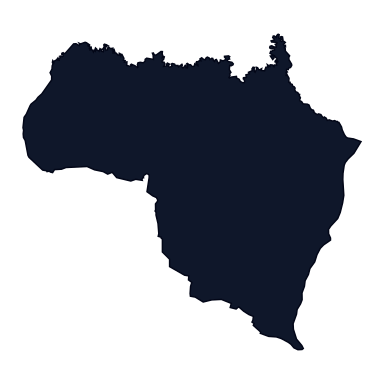 Ban Thaen, Chaiyaphum, Thailand
{"feature_id": "78962969B48831916769837", "entity_name": "Ban Thaen", "entity_type": "district", "adm_level": 2, "iso_a3": "THA", "parent_name": "Thailand", "parent_adm1": "Chaiyaphum", "projection": "albers", "projection_center": [102.355, 16.36], "detail": "fine", "context": "isolated", "style": "filled", "palette": "ink", "viewbox_px": 384, "rotation_deg": 0, "n_neighbors": 0, "source": "geoboundaries", "source_scale": "gbopen_adm2", "svg_char_len": 5709}
<svg xmlns="http://www.w3.org/2000/svg" viewBox="0 0 384 384"><path d="M361.0,141.6L353.5,138.9L347.5,138.0L345.8,136.8L344.3,134.5L342.2,129.9L341.5,126.9L338.9,122.4L338.2,122.5L337.5,121.5L336.2,121.5L334.7,120.6L332.6,121.1L329.3,119.9L327.3,120.4L326.1,118.1L324.3,117.0L323.6,117.7L322.6,117.2L320.9,114.6L318.6,113.9L317.1,114.6L313.6,112.2L314.0,111.6L313.4,110.2L311.6,109.7L310.3,108.2L309.0,105.0L307.4,104.2L303.1,103.9L301.6,101.6L300.0,100.8L299.6,99.9L300.4,97.8L299.3,95.8L299.6,94.4L298.6,94.1L297.8,92.6L295.6,91.7L294.7,89.7L295.1,88.1L294.2,86.8L292.7,86.2L292.2,84.4L290.1,83.6L290.1,82.3L288.7,82.1L289.0,78.2L287.1,74.9L285.5,75.8L286.9,74.2L286.0,72.7L287.3,72.0L286.4,71.1L286.6,69.4L288.3,69.5L288.6,68.2L290.5,67.5L291.7,65.5L291.6,64.2L288.9,59.6L288.8,57.5L289.6,55.8L285.4,51.1L285.2,48.5L284.3,47.8L284.6,47.0L285.5,46.9L285.4,45.4L284.2,45.6L283.4,44.5L285.3,42.4L282.8,40.6L281.8,41.6L280.4,40.9L280.9,39.6L282.9,39.4L282.5,36.9L281.2,36.6L280.4,37.0L280.7,38.2L279.2,38.6L278.7,37.3L279.2,34.7L278.5,34.3L277.6,34.5L276.7,35.7L276.3,37.4L274.3,36.0L273.3,36.0L272.7,37.6L274.2,39.1L274.3,40.0L271.1,40.9L271.6,42.0L276.1,42.3L277.2,42.9L276.9,43.6L275.2,44.3L276.4,45.9L276.3,47.0L273.9,46.9L271.8,45.8L270.2,46.2L269.7,47.2L269.9,48.1L271.2,48.8L273.5,48.0L274.5,49.1L274.5,50.1L272.7,50.2L272.0,51.3L270.7,51.3L270.0,53.3L273.6,55.4L270.4,56.0L272.7,59.5L273.9,58.2L274.2,56.2L277.0,58.5L277.1,59.3L275.5,60.5L275.0,61.8L275.8,62.1L277.3,61.0L277.9,61.2L277.8,62.0L276.3,63.2L276.6,65.2L274.3,65.0L273.9,66.6L272.4,65.0L270.2,64.8L269.9,66.5L267.4,64.7L268.0,67.1L265.9,67.2L264.6,70.8L261.2,70.5L261.6,68.7L259.7,69.8L258.7,69.7L257.6,67.7L256.4,67.3L256.5,69.1L255.1,72.3L254.3,71.7L254.1,68.6L254.5,67.5L253.1,67.2L252.0,68.8L252.2,70.7L248.5,72.3L249.3,73.8L245.9,74.9L246.4,77.4L243.5,77.7L243.3,78.9L244.0,79.4L244.8,81.6L244.1,82.7L242.2,82.6L240.3,81.4L239.0,79.2L236.7,78.2L236.4,76.4L231.7,77.0L229.5,78.0L229.0,77.7L230.0,75.4L229.6,73.8L230.9,72.4L229.3,69.6L229.7,65.5L231.1,65.8L232.9,64.9L233.3,63.9L231.9,62.3L228.3,61.6L227.2,60.7L227.3,59.7L229.6,59.0L228.9,57.7L229.7,56.7L228.6,55.9L224.5,56.3L224.5,57.1L225.7,58.0L225.1,60.0L223.0,60.9L220.4,60.0L220.1,62.0L218.4,63.4L216.4,59.5L215.3,59.8L214.5,61.4L213.5,60.5L212.7,58.4L211.7,58.3L209.9,59.5L209.1,57.9L207.3,57.1L206.1,57.9L205.2,59.8L203.5,59.3L201.7,57.8L200.0,58.9L200.9,60.7L199.4,60.5L198.4,61.6L196.6,61.7L196.1,62.7L197.9,64.7L197.9,65.7L194.8,63.8L194.1,66.4L191.9,66.4L190.6,64.7L189.3,64.8L187.3,63.4L186.7,63.8L187.7,66.2L187.4,67.9L186.0,67.7L186.1,66.1L185.3,65.3L183.5,67.7L182.6,67.8L181.8,66.9L182.3,65.1L181.9,64.3L178.5,66.9L178.0,65.5L175.3,65.5L174.6,64.1L172.2,63.5L171.2,64.2L172.1,66.3L169.6,67.2L168.3,66.2L169.4,64.1L167.4,63.1L166.5,64.3L166.7,66.0L163.7,66.4L164.9,63.8L163.9,62.1L162.3,62.3L162.0,61.7L162.4,60.4L163.5,59.6L164.3,56.8L163.8,56.5L162.3,57.4L162.8,55.9L162.2,53.8L162.4,51.6L161.0,51.5L156.1,55.1L154.3,54.9L153.4,53.0L152.4,53.2L153.1,54.9L153.4,59.4L146.7,58.2L145.2,59.3L145.0,61.4L143.2,62.8L140.3,62.3L138.0,62.8L137.4,64.6L137.9,67.3L137.4,67.6L134.9,65.7L131.3,64.2L130.7,64.8L131.5,65.6L129.9,66.3L126.7,65.4L126.9,61.9L124.5,62.2L125.1,60.6L123.3,60.2L123.9,58.3L121.9,54.4L121.1,54.3L120.8,55.7L120.0,53.6L119.3,53.3L119.2,55.0L118.2,55.3L116.0,53.0L112.9,52.9L113.1,51.3L114.7,51.5L114.0,49.3L112.5,49.7L112.8,48.2L110.6,48.6L108.3,47.1L108.3,48.0L107.4,48.2L107.5,49.8L105.9,50.4L104.9,47.2L106.3,46.7L105.6,45.5L107.6,45.5L106.3,44.7L104.4,44.2L103.8,44.9L104.3,46.8L103.6,47.5L103.5,48.6L102.2,49.1L103.4,50.2L103.3,51.7L101.4,51.3L101.1,49.6L100.0,48.7L99.1,51.3L97.6,50.2L96.1,50.2L96.6,49.0L95.5,48.0L94.9,49.9L95.1,51.1L94.0,50.3L93.4,52.0L91.6,49.2L90.0,50.0L89.4,48.5L91.2,48.0L91.2,47.2L90.0,47.4L89.7,46.4L88.3,46.4L88.0,45.5L89.4,45.4L89.6,44.9L86.4,42.7L85.1,42.3L80.6,43.9L79.2,43.3L79.7,44.1L79.1,45.6L76.0,43.7L73.6,43.9L65.2,53.4L63.9,53.4L63.1,52.7L61.9,53.3L61.8,54.2L63.1,54.4L63.1,56.1L62.5,56.6L61.4,56.0L59.8,56.3L60.4,57.6L59.0,58.4L59.2,60.3L57.8,60.1L57.7,58.3L56.5,59.9L54.1,61.2L53.9,62.3L52.8,60.7L52.4,62.3L53.0,63.9L52.2,65.8L52.0,69.1L50.1,72.7L51.7,76.0L51.6,80.0L41.8,93.9L38.0,97.3L35.9,100.2L31.1,104.1L30.1,105.7L26.3,114.2L24.1,117.3L23.0,127.7L23.6,130.3L23.2,133.8L23.5,137.5L25.2,140.5L28.0,155.4L29.0,157.3L42.7,170.1L46.7,170.8L47.0,171.6L49.8,171.1L50.2,172.0L52.6,172.6L54.5,169.6L61.5,169.2L66.0,167.5L87.1,166.5L94.5,169.8L103.2,171.6L107.7,174.1L112.2,172.3L116.7,177.6L130.8,181.0L135.7,179.3L142.2,180.3L141.9,179.6L142.8,177.8L143.5,177.7L143.2,177.1L144.1,175.2L146.7,173.5L148.3,174.3L149.2,175.3L149.1,177.9L147.0,191.7L152.8,195.9L156.4,197.5L157.7,199.9L157.5,201.3L155.5,203.9L155.6,209.8L155.1,211.0L156.1,212.5L156.0,215.0L158.0,223.5L158.8,233.7L158.2,236.3L161.1,237.2L161.2,238.1L162.4,239.1L162.4,252.0L169.6,259.2L169.6,266.6L184.6,275.2L188.8,275.9L188.5,279.9L191.8,282.4L190.6,286.3L190.1,293.5L190.4,296.2L195.3,297.1L203.2,302.0L211.7,299.9L221.4,299.4L231.3,303.4L230.2,307.5L236.1,309.0L238.7,306.8L243.8,311.3L249.0,314.6L253.4,316.4L252.9,320.2L252.0,322.1L254.1,323.5L253.3,325.4L260.7,332.0L260.3,333.3L268.7,336.4L276.4,336.9L281.2,338.5L288.3,342.3L291.0,344.3L293.9,347.8L297.9,349.7L302.0,349.5L303.3,348.5L301.8,345.5L296.5,339.1L293.4,329.3L293.1,323.7L296.5,314.2L297.1,309.5L300.5,303.9L302.1,299.8L302.0,292.9L304.4,286.4L305.1,280.7L308.4,274.5L309.9,268.6L314.7,261.9L317.0,254.6L320.3,248.3L323.6,244.9L330.5,240.1L330.5,238.0L328.6,233.8L328.5,229.4L330.8,226.0L337.7,218.5L340.2,212.5L342.6,202.9L343.8,195.4L342.8,179.5L343.0,173.3L344.2,165.2L345.3,162.5L348.1,158.9L353.9,153.3L361.0,141.6Z" fill="#0f172a" stroke="#020617" stroke-width="1.5"/></svg>